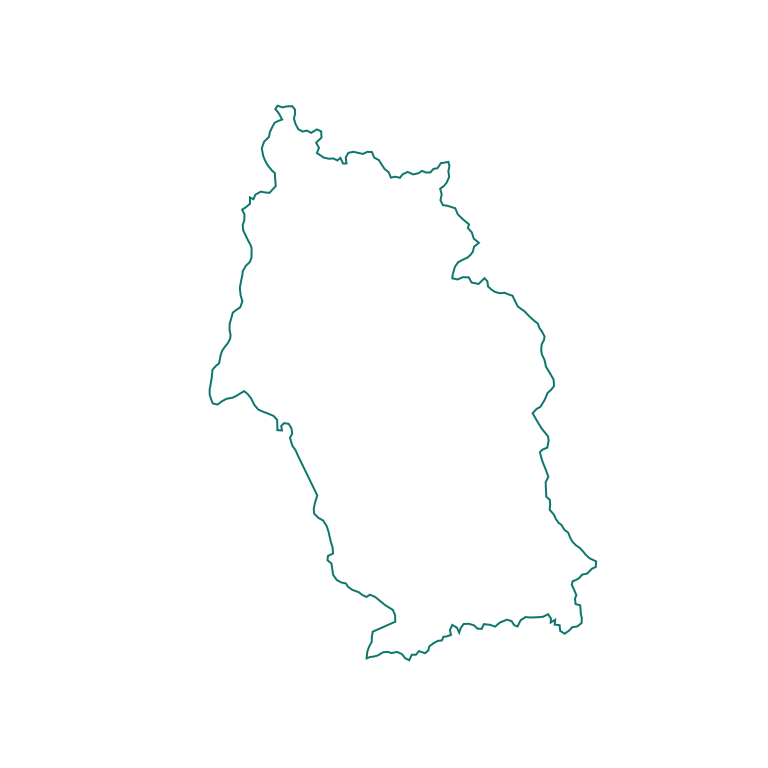 outline of Casa Branca, São Paulo, Brazil, rotated 339°
{"feature_id": "56859067B40720092622616", "entity_name": "Casa Branca", "entity_type": "district", "adm_level": 2, "iso_a3": "BRA", "parent_name": "Brazil", "parent_adm1": "São Paulo", "projection": "robinson", "projection_center": [-47.085, -21.789], "detail": "fine", "context": "isolated", "style": "outline", "palette": "teal", "viewbox_px": 768, "rotation_deg": 339, "n_neighbors": 0, "source": "geoboundaries", "source_scale": "gbopen_adm2", "svg_char_len": 4491}
<svg xmlns="http://www.w3.org/2000/svg" viewBox="0 0 768 768"><g transform="rotate(339 384 384)"><path d="M518.5,625.7L513.5,620.4L511.0,615.5L509.8,611.5L508.1,607.3L505.2,603.1L503.4,598.7L502.7,593.8L502.7,588.7L500.1,584.7L499.2,579.3L497.1,575.9L496.0,571.2L495.9,567.1L493.6,560.7L496.0,555.9L497.3,551.6L495.1,547.3L496.8,542.4L498.0,538.6L499.8,533.5L504.2,529.5L504.3,521.5L504.2,515.6L504.3,510.8L505.1,503.5L508.4,502.1L513.6,501.9L517.3,496.1L518.4,491.8L516.7,486.5L515.2,481.9L514.5,478.1L513.5,472.6L512.3,464.5L517.7,461.9L521.9,461.4L528.4,456.3L533.5,451.0L537.8,449.4L542.1,446.7L543.9,440.7L542.5,431.5L541.4,426.1L542.5,418.6L542.0,413.2L542.8,408.9L545.5,403.4L548.9,400.5L550.9,397.3L550.3,391.8L549.2,387.5L549.2,382.5L546.7,378.5L544.3,373.7L542.6,369.9L541.2,366.3L539.1,363.4L536.7,359.6L536.1,353.8L535.6,347.6L532.8,345.4L529.3,342.1L524.7,340.8L520.6,337.8L518.2,334.5L516.1,330.3L517.3,325.2L515.7,321.2L508.2,324.5L502.1,320.6L501.3,314.8L495.8,312.5L490.3,312.8L485.6,309.8L487.4,306.4L492.3,299.9L496.9,296.9L501.5,296.3L507.1,295.9L510.7,294.6L514.2,292.5L517.3,288.1L523.2,286.2L519.9,280.5L520.3,273.9L518.2,268.3L520.6,265.5L516.6,258.4L513.7,252.0L513.5,245.5L507.3,240.5L503.1,238.1L502.6,232.7L505.8,227.7L506.4,221.8L511.0,220.6L514.6,218.5L519.0,214.1L520.4,208.3L523.2,204.0L523.7,199.7L520.3,199.1L516.2,198.2L511.3,201.7L507.3,200.9L503.1,203.1L499.1,201.7L495.8,198.7L491.4,199.6L486.3,198.7L482.1,194.5L476.5,194.9L472.8,197.2L468.8,194.5L464.4,193.8L464.3,188.1L461.6,183.4L460.4,178.0L459.5,173.2L456.0,169.2L455.9,163.2L451.7,161.3L446.6,161.6L438.8,156.3L433.6,155.4L429.5,158.8L428.0,164.7L424.8,163.5L424.3,157.2L420.6,158.6L417.6,155.3L413.4,154.0L408.8,151.0L404.1,144.3L407.9,140.3L407.1,134.4L413.9,131.6L415.9,125.7L412.6,122.3L405.9,123.4L402.9,119.8L398.6,119.2L395.3,115.4L394.6,109.9L395.0,104.0L397.5,100.4L399.2,95.9L397.9,91.8L392.8,90.0L388.6,89.5L384.4,86.1L381.1,88.4L382.7,93.2L383.7,100.6L380.0,100.5L375.6,100.9L372.5,103.4L367.8,107.8L365.2,112.1L358.9,114.8L354.3,120.2L353.0,127.7L353.0,132.3L353.7,137.8L355.8,144.3L357.7,148.1L356.0,153.1L353.9,160.4L349.2,162.7L345.7,164.5L342.1,162.8L337.9,160.3L331.8,161.1L328.3,164.7L325.7,161.8L323.5,167.7L318.7,169.4L314.0,170.4L314.5,175.6L312.2,181.2L309.1,184.9L307.6,190.0L308.1,195.8L308.4,200.2L309.2,205.8L309.1,209.7L307.4,213.8L305.7,218.3L302.7,221.9L297.3,224.2L292.4,228.2L290.8,231.6L288.0,235.8L283.9,242.5L281.9,249.9L281.5,256.0L277.2,260.9L272.6,261.9L268.4,263.2L265.4,267.3L261.5,272.5L259.1,278.3L258.4,283.0L256.6,286.6L252.7,290.0L248.7,292.3L244.8,295.0L242.1,298.2L237.4,305.6L233.4,306.9L229.0,309.2L225.9,315.5L221.5,323.1L219.2,326.7L217.5,331.3L217.1,335.3L217.2,340.8L221.2,343.5L226.7,342.0L231.6,341.4L237.6,342.5L241.0,342.3L244.9,341.6L250.8,340.5L253.2,344.6L254.7,349.5L255.5,357.1L257.4,362.7L261.5,366.9L264.8,369.7L269.5,374.3L271.3,379.2L270.1,383.0L267.9,388.9L272.1,390.8L273.0,386.4L276.6,384.7L280.7,387.0L281.7,392.3L280.5,397.5L277.0,400.4L276.6,404.5L276.4,409.1L277.7,414.2L278.0,420.3L281.8,464.1L276.8,470.4L273.6,475.5L272.4,480.0L274.8,485.5L278.3,489.7L279.6,496.4L279.2,502.6L278.6,506.5L277.8,512.4L277.4,518.2L275.7,524.0L270.1,524.4L268.1,528.2L270.6,532.7L269.4,538.1L268.1,544.0L269.7,550.1L273.0,554.0L276.9,556.5L277.8,560.6L280.7,564.9L285.7,569.2L288.3,573.4L291.3,576.5L295.4,575.7L299.5,579.7L302.5,585.0L305.8,590.9L308.3,594.1L311.3,598.0L311.5,603.8L309.3,610.0L302.4,610.3L284.8,611.2L282.1,615.5L280.1,620.4L276.0,623.8L272.5,627.9L269.4,633.9L273.2,633.9L276.8,634.8L281.0,635.2L286.9,634.1L291.6,635.4L294.5,637.9L300.2,638.8L304.0,642.6L305.5,647.6L308.6,650.9L312.9,646.7L316.7,648.2L320.9,645.9L325.9,650.1L329.9,648.6L332.4,645.1L338.0,643.6L342.4,643.1L346.1,644.2L348.8,641.3L352.1,642.1L356.6,642.3L357.4,637.3L361.4,633.4L364.7,637.5L365.1,643.1L368.0,639.4L372.4,636.6L377.3,638.3L381.5,641.5L383.6,645.9L387.5,647.6L391.2,644.0L396.5,646.7L400.8,650.3L406.8,648.2L414.2,648.1L418.1,651.0L419.1,655.8L421.8,658.2L426.9,653.5L432.5,652.3L436.9,654.4L440.9,655.8L446.0,657.5L449.3,658.3L454.7,657.7L455.8,662.8L454.2,666.4L459.3,665.5L457.1,669.8L461.5,672.1L460.0,677.6L463.2,681.9L468.9,680.4L472.7,678.5L477.5,679.6L482.8,678.0L484.8,673.5L485.3,669.3L486.5,665.6L487.9,660.9L484.0,658.1L485.4,652.7L487.9,650.1L487.7,644.0L487.4,638.7L489.5,635.7L493.1,635.8L497.0,635.0L500.5,633.0L505.8,633.8L511.8,631.0L516.1,630.7L518.5,625.7Z" fill="none" stroke="#0f766e" stroke-width="2"/></g></svg>